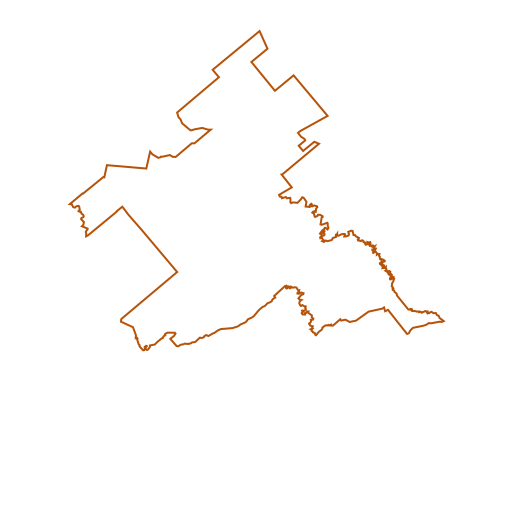 outline of Santa María, Córdoba, Argentina, rotated 230°
{"feature_id": "61730980B95109119515520", "entity_name": "Santa María", "entity_type": "district", "adm_level": 2, "iso_a3": "ARG", "parent_name": "Argentina", "parent_adm1": "Córdoba", "projection": "equal_earth", "projection_center": [-64.536, -31.682], "detail": "fine", "context": "isolated", "style": "outline", "palette": "amber", "viewbox_px": 512, "rotation_deg": 230, "n_neighbors": 0, "source": "geoboundaries", "source_scale": "gbopen_adm2", "svg_char_len": 6151}
<svg xmlns="http://www.w3.org/2000/svg" viewBox="0 0 512 512"><g transform="rotate(230 256 256)"><path d="M156.7,251.1L157.5,255.1L157.3,258.8L157.7,260.1L158.5,260.9L158.2,264.6L156.7,266.3L156.7,267.1L155.8,267.3L155.2,269.5L154.6,269.4L154.4,268.9L153.2,270.2L153.4,279.9L151.8,279.7L149.7,283.6L145.3,285.3L142.2,291.0L141.0,306.5L134.5,318.9L134.3,321.0L130.7,319.4L129.9,322.5L99.2,321.6L98.6,323.5L99.8,326.4L100.1,330.0L94.8,339.8L93.8,342.6L93.5,345.3L92.0,346.7L87.6,354.5L86.0,356.0L85.5,358.0L90.4,356.8L92.9,357.5L94.5,356.6L96.7,357.1L98.2,355.1L100.4,354.6L101.0,352.9L100.8,352.1L101.8,351.0L101.8,350.5L102.7,350.6L102.6,351.4L103.2,351.9L104.1,350.7L105.0,350.4L105.6,347.9L106.4,347.0L106.1,346.5L108.2,345.8L108.2,344.7L109.4,344.5L110.1,343.3L111.2,342.8L113.6,340.2L114.4,340.1L114.4,341.0L115.2,341.2L116.2,340.3L116.4,338.9L117.1,338.3L135.2,338.6L136.6,339.5L139.4,339.1L140.7,339.5L142.1,338.9L142.8,339.5L142.7,340.1L143.7,340.0L144.0,340.7L145.5,340.5L147.8,343.0L148.1,344.3L149.2,346.3L149.7,346.3L149.9,347.2L151.0,346.8L151.4,347.8L152.2,347.3L151.3,345.4L151.4,344.3L152.0,343.7L152.8,344.3L153.9,347.3L154.9,346.4L156.5,346.1L156.5,347.4L156.0,347.9L157.6,347.9L157.9,348.8L158.4,348.6L158.8,347.2L159.2,347.8L159.6,347.2L158.7,346.3L160.7,346.7L160.6,346.0L161.5,345.7L161.3,346.8L161.9,347.4L163.1,347.4L164.0,348.3L163.9,347.2L165.4,345.1L165.8,345.7L165.5,346.4L166.6,346.3L165.5,347.1L166.3,348.0L166.6,347.6L168.1,347.7L170.2,345.9L170.8,346.2L170.9,346.7L169.7,348.0L171.3,348.8L170.1,348.9L169.6,349.9L169.3,350.9L170.0,350.8L170.1,351.5L172.0,350.9L174.1,349.1L176.0,350.4L176.9,350.3L178.2,351.9L178.6,351.6L178.5,350.7L179.2,350.3L179.3,349.4L180.3,350.4L182.7,350.5L183.0,347.0L183.8,349.1L185.7,348.8L186.2,349.4L184.2,351.5L184.7,352.6L186.1,351.4L186.7,351.9L187.2,353.4L187.8,351.4L188.3,351.1L188.5,352.1L189.0,352.3L190.5,349.9L191.4,351.0L192.0,350.1L192.8,351.0L192.6,352.1L193.2,352.4L194.1,350.8L194.8,350.4L193.8,349.9L193.4,349.0L194.1,347.3L195.2,347.5L195.7,348.5L197.4,347.3L198.1,347.9L199.4,347.7L199.9,347.3L199.8,346.3L202.3,344.2L203.3,344.7L203.1,345.6L203.7,346.5L207.0,345.1L208.3,345.3L209.4,344.2L213.1,346.1L214.1,345.3L215.2,342.2L212.6,341.0L212.2,339.9L213.1,337.6L214.2,336.2L215.3,338.2L216.0,338.0L217.7,335.5L218.4,332.5L219.4,331.2L220.8,332.4L220.5,331.5L219.5,331.0L219.5,330.1L220.0,330.1L219.2,329.4L220.4,326.4L219.6,324.7L219.7,323.9L221.4,320.3L223.0,319.4L223.1,317.1L224.9,316.2L225.0,316.9L224.4,318.1L225.4,317.6L227.4,318.3L228.2,316.7L229.1,317.2L229.3,319.5L228.2,320.8L228.0,321.7L229.2,322.9L230.5,322.9L230.9,319.8L232.0,319.4L233.0,323.3L231.4,323.3L231.0,324.4L232.9,325.4L233.4,326.9L232.7,327.5L230.4,327.8L230.6,329.0L231.5,329.9L233.1,330.4L234.9,331.9L235.6,332.0L237.7,326.3L238.7,325.7L242.9,330.6L243.3,331.2L243.1,332.3L243.8,332.6L246.4,331.5L247.7,330.1L247.2,328.8L247.8,326.6L248.4,326.2L251.1,327.6L253.0,327.0L253.2,328.2L252.7,328.7L252.8,329.3L252.2,329.3L251.4,330.1L253.7,332.5L254.0,334.4L254.8,334.7L257.4,333.0L257.8,331.1L258.4,330.6L259.7,332.0L260.5,331.9L260.4,329.8L259.1,328.6L262.0,325.8L265.1,329.5L269.3,329.9L271.0,329.5L271.3,329.1L270.6,327.0L270.1,321.9L273.4,318.7L273.9,316.9L274.9,316.8L278.1,319.5L278.7,319.5L280.3,316.8L282.0,316.7L283.6,313.0L285.0,313.6L286.4,312.4L288.0,313.0L285.6,327.5L301.9,328.0L301.6,328.5L301.5,376.4L306.0,374.1L306.2,359.6L313.0,359.6L312.9,368.0L314.4,368.4L318.4,367.2L323.3,367.3L323.3,370.1L317.3,400.9L370.2,400.9L370.4,376.7L407.6,377.2L407.4,398.0L426.0,403.3L426.5,342.5L416.8,342.5L416.6,287.8L412.3,285.9L409.2,286.0L405.0,284.7L394.7,286.5L393.8,287.2L392.7,290.0L388.7,297.1L383.6,300.5L381.9,302.5L381.9,281.2L383.6,279.3L383.5,258.2L385.4,256.0L388.7,254.9L392.3,247.9L393.2,247.2L393.1,246.0L394.1,244.2L400.4,242.0L404.0,242.0L393.5,228.2L421.4,200.2L413.8,190.4L414.6,189.9L415.0,163.5L415.4,163.3L415.4,146.8L413.9,148.1L411.1,147.4L409.5,148.3L409.5,150.5L408.5,152.2L407.7,152.4L404.8,150.8L404.5,148.9L403.6,149.1L402.6,150.3L400.8,149.6L398.5,150.1L397.0,149.4L396.8,148.4L397.3,146.8L397.0,146.0L396.5,145.7L392.6,146.0L390.8,143.7L390.7,141.8L385.2,144.6L384.5,143.9L384.5,142.9L383.9,141.1L382.3,140.4L380.3,138.5L379.8,140.4L379.5,177.9L379.8,178.2L379.7,185.3L369.6,184.8L349.3,185.2L294.4,185.3L294.3,112.3L292.5,110.3L280.5,116.0L272.7,113.2L270.7,111.4L270.7,112.2L268.9,112.1L268.9,111.5L263.8,109.4L262.4,109.5L261.6,108.7L256.3,108.9L255.8,109.8L256.0,110.9L257.9,112.2L257.8,114.1L257.1,114.4L256.9,113.0L255.7,111.4L254.0,112.2L253.8,113.3L254.4,116.0L255.6,117.4L253.2,121.6L253.6,125.2L253.5,131.0L253.0,131.7L253.9,133.3L253.6,135.5L254.5,135.8L254.7,136.5L254.2,138.9L249.4,144.5L248.3,144.5L247.5,141.9L247.6,137.1L238.1,137.3L236.9,138.3L236.3,141.6L235.0,143.6L234.8,144.9L231.9,147.8L231.9,148.4L231.0,149.7L230.9,151.5L229.2,154.1L229.5,160.6L228.1,161.6L227.3,163.9L227.8,164.7L227.5,167.0L225.3,168.1L224.3,173.6L223.8,174.7L223.5,179.0L222.6,182.1L215.8,191.8L213.7,197.0L213.5,200.2L212.0,205.1L212.1,206.9L212.7,209.1L211.4,213.9L211.4,216.2L212.6,222.8L212.8,226.0L212.7,228.4L212.0,230.6L212.4,234.5L211.4,237.4L211.3,239.2L212.2,240.7L211.8,244.0L213.7,244.2L214.3,258.7L213.9,258.9L213.8,260.0L213.2,259.9L212.2,258.4L211.5,258.5L211.1,259.3L212.3,260.6L212.3,261.1L211.1,261.7L209.6,261.1L209.2,261.9L210.0,263.1L208.0,263.9L207.1,265.7L205.8,266.7L202.5,266.2L202.0,267.1L201.0,265.8L201.1,264.1L200.6,263.6L199.3,264.9L199.2,266.8L198.7,267.4L196.9,268.5L196.4,267.7L197.0,265.5L196.3,261.3L194.9,261.3L193.1,262.5L193.3,261.2L192.9,260.0L191.9,258.7L189.8,258.2L188.8,258.3L188.6,260.0L186.4,260.7L185.5,261.7L185.1,261.5L184.5,260.2L183.3,260.1L182.9,259.6L183.1,257.0L184.1,256.9L184.5,256.1L183.1,255.7L182.9,254.3L181.3,254.1L179.6,256.0L180.8,256.7L180.2,257.5L180.8,259.2L179.8,260.5L179.2,259.4L174.6,260.6L173.1,259.3L171.2,259.7L170.6,258.8L171.8,257.0L170.5,256.1L169.8,254.0L170.2,253.6L170.0,253.1L167.9,252.8L165.6,254.3L164.9,252.7L164.2,252.8L164.7,251.0L163.8,251.5L163.6,250.8L162.9,250.5L161.7,250.9L161.1,250.5L159.0,251.5L157.6,250.8L156.7,251.1Z" fill="none" stroke="#b45309" stroke-width="2"/></g></svg>